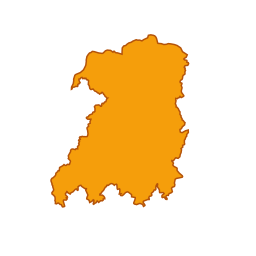 Placas, Pará, Brazil, rotated 19°
{"feature_id": "56859067B95066885708505", "entity_name": "Placas", "entity_type": "district", "adm_level": 2, "iso_a3": "BRA", "parent_name": "Brazil", "parent_adm1": "Pará", "projection": "natural_earth1", "projection_center": [-54.527, -3.914], "detail": "fine", "context": "isolated", "style": "filled", "palette": "amber", "viewbox_px": 256, "rotation_deg": 19, "n_neighbors": 0, "source": "geoboundaries", "source_scale": "gbopen_adm2", "svg_char_len": 5816}
<svg xmlns="http://www.w3.org/2000/svg" viewBox="0 0 256 256"><g transform="rotate(19 128 128)"><path d="M188.0,182.9L188.1,182.4L187.7,181.7L186.5,181.3L186.2,180.6L186.3,179.6L186.9,179.0L188.1,178.6L188.0,177.5L188.3,176.6L190.2,174.9L190.7,173.8L188.8,170.9L189.1,169.7L190.7,168.4L191.0,167.8L190.7,166.2L189.8,165.0L189.3,161.2L190.1,160.0L194.8,157.2L195.4,156.7L195.4,156.0L194.8,155.4L191.2,154.0L188.5,152.4L188.1,152.0L187.7,150.4L187.1,149.8L184.1,149.4L183.1,148.9L182.4,148.4L182.4,146.4L180.1,144.9L180.1,144.4L181.2,144.4L181.6,144.1L182.7,140.8L183.2,140.5L184.3,140.6L185.3,140.3L186.4,138.3L186.0,136.1L186.2,134.1L185.7,131.1L184.8,130.2L186.0,128.3L185.3,126.6L186.7,125.3L186.8,124.7L186.1,123.6L185.3,121.1L185.7,119.9L185.6,117.9L186.2,116.6L185.6,115.1L186.5,112.6L185.6,110.3L183.4,111.8L180.8,114.7L179.8,114.9L178.8,114.8L178.1,113.7L177.6,112.4L178.7,111.3L179.0,109.2L180.5,106.6L180.1,104.3L179.5,104.2L177.7,102.9L176.6,102.8L176.0,101.5L174.6,100.4L174.2,99.2L172.7,98.2L171.9,95.8L170.6,94.9L169.4,93.5L167.6,92.4L166.7,92.5L166.1,90.9L164.9,89.7L164.5,86.5L164.0,86.2L163.5,84.5L165.0,84.3L165.6,83.3L166.6,82.5L166.9,81.2L168.1,81.9L168.6,81.8L170.3,79.9L170.2,79.2L167.0,76.9L166.3,75.6L166.0,72.3L164.5,70.5L164.6,68.5L164.2,68.0L162.7,68.1L162.1,67.4L162.2,65.8L163.3,64.5L163.3,62.8L162.9,61.7L163.1,60.1L164.2,58.7L164.2,58.2L163.5,56.4L163.6,54.7L162.7,54.0L162.6,52.9L161.6,52.6L161.7,52.1L161.4,51.7L161.7,50.6L162.2,50.2L164.1,49.3L164.4,47.5L163.7,46.6L162.2,46.6L161.9,45.3L161.5,44.9L159.2,45.2L158.3,44.6L158.5,44.0L160.0,42.1L160.2,39.5L154.7,38.1L151.7,35.1L147.6,34.0L144.7,34.0L141.2,34.5L138.6,35.1L137.0,36.4L134.7,37.4L132.0,37.4L128.9,38.2L128.5,38.1L125.7,33.9L124.5,32.8L123.3,32.2L121.9,32.1L119.2,32.5L117.1,33.7L117.2,36.3L114.0,39.4L112.8,41.1L110.4,41.1L108.7,41.8L107.0,41.9L104.2,44.4L103.2,45.8L101.1,47.3L99.7,49.2L99.0,50.7L97.2,51.9L96.5,54.2L98.3,60.2L93.5,60.4L92.2,60.8L91.2,60.6L90.1,59.9L89.4,60.2L89.1,61.2L86.3,60.3L83.0,61.1L81.5,62.4L80.2,65.1L79.3,65.9L75.8,66.6L71.1,66.8L69.3,67.2L68.5,68.6L67.2,69.6L66.5,71.3L65.9,73.8L66.4,77.5L66.8,78.2L67.6,82.0L67.6,83.2L67.0,87.5L64.9,91.1L61.4,94.2L60.6,95.4L60.7,99.5L61.3,101.0L61.8,103.9L61.3,107.6L61.9,109.8L62.3,109.4L62.4,107.5L63.9,106.8L65.1,105.6L66.7,105.2L66.9,104.5L66.4,103.4L66.6,102.7L67.4,102.1L67.3,101.6L68.0,100.8L66.2,99.0L65.7,97.8L66.7,97.2L67.1,95.9L67.6,95.4L68.1,95.1L69.3,96.1L70.1,95.3L70.7,95.5L71.0,95.0L71.5,95.2L72.0,94.7L72.9,95.6L73.6,95.9L74.0,95.5L75.3,96.1L76.3,99.8L77.5,100.5L79.0,103.0L79.9,103.6L80.5,103.7L82.2,102.5L84.6,103.9L86.2,103.9L87.9,104.7L88.6,104.5L90.1,105.2L90.9,104.1L91.3,104.0L91.6,102.9L92.1,102.7L93.7,103.6L93.9,104.1L94.9,104.4L96.1,105.6L96.6,105.6L98.4,106.6L99.0,106.4L98.4,107.7L98.5,110.3L97.5,111.0L96.9,113.0L96.2,112.8L95.5,113.2L95.4,114.5L95.9,115.4L95.8,116.0L94.9,116.4L94.0,115.8L92.8,115.7L90.0,117.0L89.7,117.6L89.3,118.8L90.5,120.4L91.3,123.2L91.0,123.8L90.1,124.1L89.6,124.7L89.7,126.2L87.6,128.0L87.0,129.0L86.8,130.2L85.4,131.3L85.3,131.9L85.6,132.3L87.0,132.8L90.1,131.8L90.0,134.4L90.7,135.8L89.2,137.3L89.2,137.8L90.2,139.1L89.2,141.0L89.5,142.0L90.5,143.3L92.0,146.3L92.3,147.9L92.2,149.3L91.6,149.7L88.3,150.8L87.4,150.8L86.8,151.3L86.6,151.8L85.6,151.8L85.2,152.8L85.6,153.5L86.6,154.2L86.4,154.7L85.3,155.4L85.4,156.0L86.6,156.7L86.3,158.5L86.5,159.0L87.1,159.2L87.1,160.3L86.3,161.9L87.2,164.1L85.6,164.5L85.2,165.6L82.7,165.8L81.9,166.2L81.4,166.6L81.0,167.8L81.4,169.1L80.6,173.7L81.7,175.7L81.5,176.4L84.1,177.7L84.5,178.5L84.5,181.5L84.1,181.9L83.1,181.8L82.5,182.1L81.7,183.5L80.7,183.8L79.4,183.4L78.7,184.8L76.2,187.6L76.9,190.7L75.9,191.0L75.7,191.5L75.7,192.2L74.7,193.8L74.6,194.6L74.9,195.7L74.7,196.9L73.4,199.4L72.5,200.3L72.1,201.7L72.4,203.1L74.4,205.6L74.6,206.4L75.7,207.2L76.0,208.1L77.7,210.3L77.9,211.4L77.1,213.8L77.6,215.1L79.8,215.9L81.4,217.0L82.3,218.9L82.6,220.6L83.4,221.3L83.9,223.1L85.1,223.0L86.0,221.9L86.8,221.6L88.7,222.4L89.9,222.2L91.5,223.8L92.0,223.9L93.3,223.1L93.6,222.5L90.9,218.7L90.5,217.4L90.9,216.9L93.0,216.3L93.6,214.8L93.2,214.3L92.7,214.5L92.3,214.1L93.3,213.1L92.9,212.6L90.9,211.7L90.4,210.7L90.2,210.3L90.8,209.1L90.8,208.0L91.2,208.0L91.7,208.7L94.8,209.3L95.2,207.8L96.8,206.2L98.0,203.4L98.9,202.4L99.5,202.5L100.0,203.2L100.5,203.4L101.0,202.9L99.9,199.8L101.0,198.2L102.1,197.5L103.2,198.3L106.8,199.3L108.4,198.9L108.5,199.5L108.1,200.2L108.4,200.7L111.9,204.4L111.8,206.8L111.9,208.0L112.3,208.6L114.0,208.7L115.0,209.3L116.0,210.9L117.8,209.0L118.5,207.2L119.1,207.3L119.6,208.1L119.8,211.1L120.4,211.3L121.2,209.9L122.1,209.1L122.6,207.0L124.5,207.9L125.8,205.6L127.3,205.3L127.7,204.8L128.0,204.3L127.7,203.1L129.1,202.5L128.5,201.3L127.1,200.3L125.7,199.8L123.1,200.5L122.9,199.6L124.0,198.1L124.3,196.4L125.1,195.2L125.8,191.3L126.6,190.5L126.6,189.3L126.9,188.8L127.7,188.9L128.1,188.5L129.7,186.3L130.6,185.9L131.8,185.8L133.7,186.6L133.9,185.9L135.5,184.9L135.9,185.2L137.6,189.0L138.1,189.4L139.8,188.3L140.2,188.6L141.1,191.2L141.2,193.2L142.7,192.5L142.3,193.5L143.1,194.2L144.5,193.9L145.4,192.7L146.7,189.9L148.1,188.6L149.3,188.6L153.0,189.8L153.8,191.9L157.4,191.4L157.7,191.9L157.9,193.4L157.8,196.9L158.0,197.4L158.8,197.8L161.1,197.6L163.2,195.8L164.1,195.4L166.7,195.5L168.2,197.1L169.1,196.0L169.2,195.5L168.8,195.1L166.6,193.4L166.4,192.9L166.5,192.1L169.9,189.2L171.3,188.7L171.2,188.1L170.4,187.5L170.5,185.6L171.8,184.9L172.3,184.3L172.4,183.5L171.6,182.8L171.4,182.1L172.7,179.8L173.0,177.9L174.1,177.7L174.3,176.9L173.6,175.0L173.4,173.1L173.7,171.5L174.1,171.2L174.5,171.9L174.6,173.7L177.8,176.2L178.7,178.4L179.1,178.8L182.3,177.6L183.4,178.1L183.3,178.8L182.2,180.4L182.2,181.3L182.7,182.4L183.2,182.6L184.8,181.5L186.4,182.8L187.0,183.1L188.0,182.9Z" fill="#f59e0b" stroke="#b45309" stroke-width="1.5"/></g></svg>